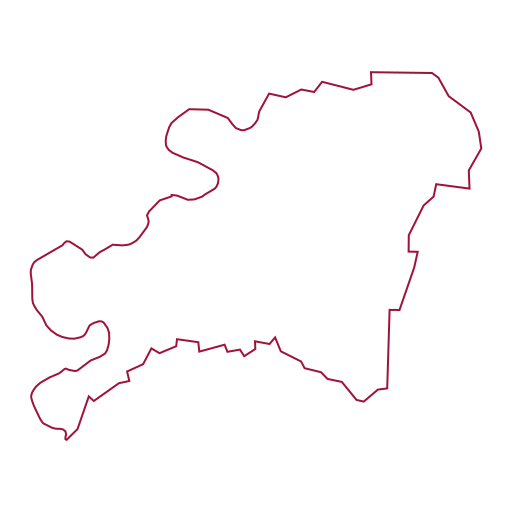 Lauderdale, Tennessee, United States of America
{"feature_id": "52423323B2530674009374", "entity_name": "Lauderdale", "entity_type": "district", "adm_level": 2, "iso_a3": "USA", "parent_name": "United States of America", "parent_adm1": "Tennessee", "projection": "orthographic", "projection_center": [-89.758, 35.743], "detail": "fine", "context": "isolated", "style": "outline", "palette": "rose", "viewbox_px": 512, "rotation_deg": 0, "n_neighbors": 0, "source": "geoboundaries", "source_scale": "gbopen_adm2", "svg_char_len": 2233}
<svg xmlns="http://www.w3.org/2000/svg" viewBox="0 0 512 512"><path d="M478.8,131.7L470.7,112.5L448.7,96.2L438.4,77.7L432.0,73.0L371.0,72.2L371.5,84.3L353.4,89.8L322.1,81.8L314.2,92.0L301.3,89.5L285.8,97.3L269.1,93.6L259.3,111.3L257.5,119.8L255.0,123.4L251.6,127.0L249.9,128.0L244.2,130.2L241.3,130.2L235.9,128.1L232.4,124.2L227.8,118.0L208.3,109.7L189.2,109.2L178.3,117.0L171.4,123.1L169.2,127.2L167.1,133.5L166.2,136.6L165.7,140.7L165.9,144.5L166.5,146.6L168.7,149.8L172.4,152.7L183.3,157.5L197.8,162.2L212.5,170.1L216.1,172.9L217.1,174.3L218.2,177.2L218.5,179.6L218.0,183.2L216.4,186.8L214.8,188.6L204.7,194.6L202.2,196.6L194.5,199.4L187.9,199.8L177.1,195.6L171.6,194.9L171.6,196.4L159.7,200.4L149.1,211.4L147.0,215.3L148.6,220.5L148.5,222.8L147.0,227.0L139.7,236.9L137.1,239.8L135.9,240.9L131.0,243.8L128.3,244.7L122.5,245.4L112.7,244.7L104.4,249.7L99.9,252.0L93.4,257.6L90.2,257.5L85.6,254.3L82.3,249.7L69.6,241.6L66.4,241.3L64.1,243.2L62.4,245.3L37.0,260.0L34.3,262.1L32.7,264.6L30.9,269.7L30.7,273.2L32.1,284.1L32.3,298.6L32.9,303.0L34.7,306.7L37.0,310.3L42.4,316.9L46.3,325.3L50.9,330.4L56.9,334.7L62.3,337.0L69.0,338.5L74.3,338.7L80.4,337.3L83.0,336.2L84.5,334.9L86.0,332.8L89.2,326.2L90.2,325.0L93.9,322.9L99.2,321.2L101.8,321.5L103.5,322.4L107.4,327.8L109.1,332.9L109.3,339.3L108.6,344.7L107.1,350.1L105.1,353.5L99.8,356.8L90.6,360.5L77.6,370.4L75.7,371.0L73.6,370.8L69.1,369.9L65.7,368.6L64.6,369.0L59.2,373.3L49.8,377.3L40.3,382.8L36.1,386.5L33.9,389.4L32.0,392.8L31.2,395.7L31.2,397.3L32.1,400.9L33.9,405.8L39.2,417.0L40.7,419.9L43.2,423.3L52.1,427.8L55.8,428.7L60.7,428.9L63.0,429.4L65.5,431.4L66.1,434.5L65.4,437.2L65.5,439.3L66.6,439.8L77.5,429.1L88.8,396.4L93.8,401.0L118.9,383.2L129.3,381.0L127.1,371.5L143.1,364.2L151.4,348.4L159.5,353.2L176.2,346.2L177.0,339.2L198.3,342.2L199.3,351.6L224.6,344.7L227.4,351.8L240.0,349.6L244.2,356.2L255.3,349.0L255.0,341.3L269.5,344.0L275.1,337.4L280.8,351.3L301.1,361.5L304.6,368.2L321.0,372.2L327.5,378.9L341.8,381.9L356.5,399.9L363.7,401.6L377.9,389.6L387.2,388.4L389.6,309.9L399.5,310.0L414.2,267.5L417.7,251.8L408.6,251.6L408.8,235.2L423.6,205.5L433.6,196.6L436.2,184.2L469.5,188.6L468.8,170.4L481.3,148.5L478.8,131.7Z" fill="none" stroke="#9f1239" stroke-width="2"/></svg>